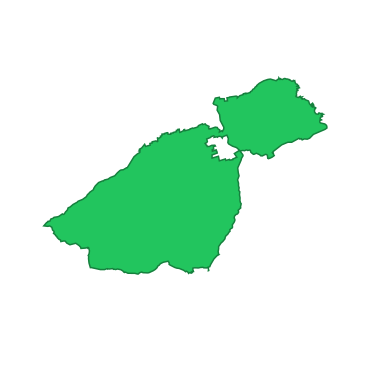 Mojokerto, Jawa Timur, Indonesia (Equal Earth projection), rotated 69°
{"feature_id": "22746128B795310620233", "entity_name": "Mojokerto", "entity_type": "district", "adm_level": 2, "iso_a3": "IDN", "parent_name": "Indonesia", "parent_adm1": "Jawa Timur", "projection": "equal_earth", "projection_center": [112.455, -7.541], "detail": "fine", "context": "isolated", "style": "filled", "palette": "green", "viewbox_px": 384, "rotation_deg": 69, "n_neighbors": 0, "source": "geoboundaries", "source_scale": "gbopen_adm2", "svg_char_len": 6049}
<svg xmlns="http://www.w3.org/2000/svg" viewBox="0 0 384 384"><g transform="rotate(69 192 192)"><path d="M129.3,55.1L128.5,56.1L126.9,56.5L124.8,56.2L124.7,57.6L124.2,57.6L124.6,58.7L124.4,59.2L122.6,60.4L122.5,60.8L122.1,60.6L120.5,62.8L120.4,63.5L119.7,64.0L119.1,65.2L119.4,67.1L118.7,68.4L118.0,68.7L118.4,69.5L116.6,70.0L117.6,70.5L117.6,72.1L118.3,73.1L118.2,73.7L114.7,78.3L114.1,80.8L113.9,85.2L114.6,90.2L115.8,93.5L116.4,93.7L116.7,95.4L117.8,96.8L118.0,98.6L119.0,99.6L119.3,101.5L120.0,102.0L119.6,106.4L119.0,106.3L118.7,108.9L119.4,109.1L119.2,112.8L120.4,116.0L119.1,115.5L118.3,116.4L116.8,123.0L117.1,123.3L116.6,125.6L119.6,126.2L118.9,129.0L116.4,128.5L115.2,131.7L115.1,132.7L113.4,132.5L112.7,136.6L116.9,140.5L118.0,140.2L120.0,137.9L121.1,137.3L124.6,139.2L129.6,138.5L135.4,140.0L143.1,139.1L145.0,140.1L145.5,141.1L146.4,141.8L145.5,142.4L145.8,144.9L144.1,143.8L142.3,145.1L140.8,145.3L139.8,147.0L139.6,152.6L139.2,152.6L139.1,153.6L138.2,153.6L136.8,152.6L134.4,154.9L133.2,155.2L132.9,157.8L132.1,157.9L132.3,161.9L132.6,162.6L133.2,163.0L133.3,164.6L133.0,168.1L132.5,168.5L132.4,171.3L132.8,171.5L132.8,172.0L132.3,176.7L131.0,176.5L130.9,177.3L131.7,178.1L132.1,181.6L132.0,182.1L128.8,181.4L128.5,182.8L129.1,183.0L128.9,184.5L130.1,184.9L129.7,188.2L130.1,188.4L129.6,190.8L130.5,191.2L129.4,193.7L128.0,193.4L127.7,193.9L127.5,196.8L128.0,196.9L127.2,199.3L128.6,199.9L128.6,201.5L129.6,201.6L130.0,203.7L129.1,204.8L129.2,205.0L129.9,204.9L132.5,205.9L132.5,206.5L131.4,207.3L130.9,210.8L130.9,211.3L131.9,211.7L131.6,213.9L133.3,214.3L132.8,219.0L130.5,219.1L132.9,223.3L133.2,225.7L134.0,226.2L134.2,225.8L134.7,226.7L135.1,225.9L136.4,226.6L136.9,229.5L138.3,233.5L146.1,243.7L145.9,244.5L146.6,248.2L146.0,250.5L146.2,251.8L147.3,254.7L149.2,258.3L149.2,263.1L149.9,265.7L149.4,269.4L149.9,270.9L149.6,271.6L149.7,275.8L151.6,280.0L153.4,282.4L154.5,283.2L155.7,287.8L156.5,288.9L156.9,290.4L158.5,292.3L159.7,296.8L159.8,301.7L160.4,302.9L161.0,307.5L162.3,311.1L162.4,313.3L164.2,314.9L165.4,317.4L166.7,319.0L166.8,320.3L166.0,320.9L167.0,324.8L167.0,326.2L166.2,329.9L166.7,330.9L166.7,333.6L168.2,335.0L167.8,337.1L168.4,337.6L168.4,338.6L170.5,342.5L172.4,338.9L172.7,337.0L174.7,335.5L177.5,335.8L179.3,334.9L180.1,335.1L181.0,336.1L182.9,334.9L183.8,335.0L185.1,334.1L186.1,334.2L188.6,333.1L189.6,332.0L191.3,332.2L191.8,329.1L192.5,327.9L194.7,327.3L197.5,324.9L198.2,318.9L201.5,316.6L203.5,315.8L204.9,315.9L206.3,311.0L206.3,309.7L207.0,309.5L206.6,308.9L206.8,308.5L210.1,308.8L212.5,310.0L214.2,311.7L215.0,311.5L217.2,312.5L221.5,313.6L226.2,314.0L226.4,313.2L231.5,305.5L233.1,301.4L233.1,298.8L233.7,298.4L233.5,298.1L234.2,297.0L235.1,293.4L236.0,293.1L236.3,292.1L237.0,291.1L237.2,289.1L239.1,286.2L241.0,284.8L242.3,284.4L242.5,283.8L242.9,283.8L243.0,282.8L244.9,280.9L247.5,274.4L248.9,272.5L249.3,271.4L248.6,269.8L248.7,267.6L249.7,266.8L251.7,262.2L251.9,261.0L251.6,256.4L251.1,254.0L250.2,251.9L248.8,250.3L248.6,249.0L247.6,247.2L247.3,243.9L248.1,239.1L249.9,238.7L251.4,239.3L252.4,238.6L256.2,235.2L257.6,233.5L258.8,231.3L262.1,227.8L264.2,226.5L264.0,225.5L265.2,224.6L266.6,224.3L266.3,223.9L266.7,222.3L266.6,221.7L267.1,222.3L267.5,221.5L266.7,220.9L267.2,220.6L266.7,219.7L266.8,219.1L264.6,219.0L263.4,218.4L263.7,216.7L265.2,213.2L265.5,211.2L266.2,208.8L267.0,208.2L268.1,205.6L268.2,204.2L270.2,204.3L271.3,204.9L271.3,204.5L268.0,203.9L268.1,202.2L266.4,200.6L262.4,195.6L260.5,191.7L260.1,189.4L259.7,189.8L259.2,189.3L257.1,189.0L254.6,187.5L252.5,186.7L250.1,183.3L249.2,180.9L247.5,178.0L246.2,177.3L244.9,175.8L244.4,174.0L242.8,171.9L242.3,170.6L240.7,170.2L240.1,168.7L240.1,167.7L239.4,166.8L237.1,166.1L235.4,163.6L234.1,162.3L232.9,161.8L231.3,161.9L229.7,160.9L228.8,159.0L228.8,157.4L227.8,155.9L226.5,155.4L225.6,155.5L224.3,152.2L223.5,152.2L220.6,150.3L219.4,150.6L217.1,150.3L214.6,149.2L211.7,148.7L208.9,147.3L207.2,147.8L204.9,146.5L203.0,146.4L200.4,145.4L197.0,145.1L193.8,142.3L190.7,141.9L185.9,140.7L179.8,134.7L178.3,133.7L176.5,131.4L175.4,131.2L170.9,132.5L171.4,129.7L172.3,128.1L172.2,126.5L172.4,125.8L173.2,125.1L173.5,123.2L174.0,122.7L176.1,122.8L178.8,121.2L179.0,120.4L178.9,118.0L181.5,115.4L182.7,115.0L183.5,113.5L183.2,109.9L183.8,108.9L184.8,108.5L187.7,109.2L188.3,108.6L188.1,108.0L188.4,107.6L188.2,104.8L187.5,102.2L186.4,102.4L184.3,102.1L184.5,102.8L184.0,102.9L183.2,101.4L180.1,91.3L179.9,84.6L181.3,81.1L180.2,73.0L180.7,72.4L181.3,72.3L181.4,70.8L182.8,70.5L182.7,68.1L184.0,65.4L183.9,62.8L181.7,58.0L181.2,45.3L180.6,43.1L179.0,42.6L177.9,42.6L176.1,43.6L173.5,47.4L172.4,47.7L171.2,47.1L171.1,45.2L170.6,45.5L170.4,46.5L168.7,45.7L168.2,44.7L168.4,43.8L168.1,43.0L167.8,43.0L167.6,44.2L166.6,43.6L166.5,41.5L165.7,42.4L165.2,42.4L164.8,44.1L164.0,44.6L163.7,45.4L164.6,46.3L164.0,47.6L163.2,48.4L161.2,48.9L159.4,48.3L159.1,47.8L158.3,47.7L158.2,46.6L157.7,46.3L156.4,47.5L155.8,49.2L154.9,49.1L154.3,50.4L154.2,48.7L154.6,48.0L155.2,47.9L155.1,47.4L154.4,47.2L152.3,47.6L153.2,50.1L151.9,50.7L148.8,50.6L146.4,53.2L145.2,53.6L144.9,55.7L144.4,55.5L144.2,56.1L143.3,56.4L142.7,55.2L142.4,56.8L141.5,56.6L141.5,57.7L142.0,58.5L141.8,59.1L140.2,60.7L139.7,60.6L139.1,59.6L137.3,59.3L136.6,58.6L135.7,58.5L135.0,57.8L135.3,57.1L134.9,56.5L134.1,57.3L133.1,57.1L133.2,54.4L132.4,54.7L131.0,54.5L131.3,55.7L131.0,56.3L130.5,55.4L129.3,55.1ZM171.3,138.7L175.6,137.7L175.8,142.1L176.4,142.2L175.9,145.2L175.0,145.3L174.7,149.1L173.1,149.0L172.7,155.3L168.1,154.5L167.5,161.1L164.6,160.0L164.7,154.5L162.8,154.2L162.4,154.7L161.3,154.4L161.3,158.4L159.7,157.9L159.7,156.4L157.2,155.7L157.5,153.7L156.5,153.9L155.5,156.9L155.7,159.4L155.0,161.5L153.8,161.4L153.5,161.8L151.3,162.3L151.2,160.6L150.5,159.6L147.8,159.3L147.7,155.0L147.2,154.4L147.3,151.6L148.3,151.1L148.9,151.7L149.4,149.0L150.0,148.6L149.6,147.6L149.8,146.4L150.8,144.9L152.5,144.4L151.4,143.4L151.4,139.1L155.0,138.9L158.7,140.8L160.2,140.6L163.8,137.7L166.5,134.5L170.1,132.7L171.3,138.7Z" fill="#22c55e" stroke="#15803d" stroke-width="1.5"/></g></svg>